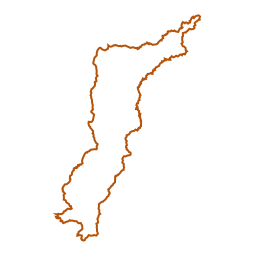 outline of El Carmen, Norte de Santander, Colombia
{"feature_id": "7082276B17655587109293", "entity_name": "El Carmen", "entity_type": "district", "adm_level": 2, "iso_a3": "COL", "parent_name": "Colombia", "parent_adm1": "Norte de Santander", "projection": "albers", "projection_center": [-73.319, 8.847], "detail": "fine", "context": "isolated", "style": "outline", "palette": "amber", "viewbox_px": 256, "rotation_deg": 0, "n_neighbors": 0, "source": "geoboundaries", "source_scale": "gbopen_adm2", "svg_char_len": 5697}
<svg xmlns="http://www.w3.org/2000/svg" viewBox="0 0 256 256"><path d="M77.3,235.7L79.2,235.2L81.7,235.4L81.9,236.3L81.2,238.7L81.7,239.0L81.9,239.7L82.3,239.6L83.2,240.6L84.8,240.1L85.5,238.2L86.9,237.6L88.8,235.1L90.4,235.7L93.2,235.5L94.1,235.0L96.2,235.6L97.6,234.1L97.9,233.4L97.0,231.1L97.0,228.4L96.6,227.4L97.0,225.9L96.4,223.6L98.0,222.6L98.1,221.5L97.4,218.7L98.2,217.5L98.9,214.8L100.2,213.9L99.2,212.6L99.4,210.2L98.5,208.6L99.0,206.3L98.8,204.2L101.7,201.9L102.9,201.7L103.4,201.0L104.7,200.2L106.3,198.4L107.1,196.9L108.5,195.9L108.9,194.2L109.6,193.8L109.8,193.1L108.5,190.9L108.7,190.0L108.3,189.4L109.3,188.7L111.4,186.2L111.5,185.7L112.6,185.3L113.3,183.8L115.0,182.3L115.2,176.4L116.0,176.3L116.1,175.6L117.0,175.5L117.9,174.7L118.1,175.0L120.4,172.6L120.9,171.6L122.5,170.2L123.7,169.8L123.5,169.2L124.1,167.4L123.7,166.1L123.8,163.9L122.8,163.2L122.3,162.3L123.0,160.4L122.3,158.8L123.5,156.8L123.9,156.3L125.6,156.4L127.7,155.4L129.4,155.3L130.6,154.6L130.7,153.2L130.4,152.5L129.0,152.0L127.6,150.0L126.7,149.5L126.7,148.0L126.1,147.5L126.0,146.9L126.2,145.9L126.9,145.2L126.2,142.2L126.8,141.2L125.5,139.2L125.5,138.1L126.7,136.7L126.6,135.3L129.1,134.3L130.4,132.0L132.6,131.1L134.1,130.9L135.6,129.6L137.3,130.5L137.7,129.8L138.3,129.6L138.0,129.0L138.7,127.9L139.9,128.0L140.4,126.5L141.0,126.2L141.1,121.1L140.6,120.9L140.9,120.1L140.3,118.7L140.4,118.0L139.8,117.6L140.0,115.9L139.0,115.9L138.9,115.3L139.4,114.6L140.0,114.8L140.4,113.8L138.9,112.8L139.1,111.0L137.9,110.0L137.8,108.9L136.0,109.0L136.3,107.9L137.2,108.0L137.6,107.1L136.4,105.1L136.9,103.4L138.0,103.3L138.4,100.6L139.6,100.0L139.2,98.3L139.9,97.2L139.8,96.0L140.5,95.2L139.0,92.1L137.7,87.9L137.8,87.3L139.0,87.1L139.4,86.1L139.2,85.3L140.0,85.0L140.1,84.3L141.1,83.7L141.1,83.3L140.4,82.9L140.5,82.3L141.8,81.0L142.8,78.6L143.3,79.1L143.3,79.8L143.9,79.7L144.3,78.8L145.6,78.9L145.4,78.5L145.8,77.7L146.4,77.5L146.1,76.0L147.1,75.2L147.6,73.9L148.6,74.0L151.6,72.8L151.8,73.8L152.5,73.9L153.0,70.5L153.7,70.7L155.0,70.1L154.4,69.0L155.3,68.5L156.1,67.2L156.8,67.2L157.3,66.6L159.1,65.9L159.5,64.6L160.5,63.1L162.1,62.4L162.0,61.3L163.3,61.5L163.9,61.0L164.2,60.3L165.5,60.3L165.0,58.7L167.2,59.6L168.7,59.3L168.9,59.8L170.4,59.8L170.0,57.9L170.7,57.5L171.7,56.2L173.1,57.2L173.8,57.3L176.2,55.8L177.9,56.5L180.2,54.5L181.0,54.5L182.0,55.3L182.6,54.1L183.8,53.9L184.6,54.4L185.1,54.3L185.7,52.5L187.0,51.3L185.8,50.4L185.5,47.9L184.1,46.6L182.8,46.2L181.5,43.7L182.2,43.2L182.8,42.2L182.4,41.6L182.5,41.0L182.1,40.0L182.4,38.0L182.1,37.4L182.4,36.5L183.0,36.1L182.8,33.1L184.7,32.5L185.8,32.6L186.3,31.6L187.3,31.2L189.2,28.9L190.2,28.9L191.0,29.4L193.1,29.0L194.2,28.4L194.5,27.8L193.9,26.4L195.4,25.1L194.6,23.4L194.8,22.8L198.4,20.0L199.6,19.6L199.2,19.1L200.0,16.7L199.3,15.7L198.0,15.4L195.4,16.3L193.9,18.2L193.4,18.0L193.0,16.8L191.7,17.7L190.5,20.7L189.7,21.0L190.2,22.2L190.0,22.6L189.2,22.6L188.1,23.6L187.5,23.4L187.4,23.0L186.5,22.5L185.0,22.6L184.7,23.2L182.9,22.1L182.0,23.5L181.5,25.3L181.6,26.6L182.5,27.5L181.4,28.5L180.4,28.2L179.4,29.3L178.3,31.9L175.9,31.5L174.4,30.5L173.7,31.1L172.4,31.0L171.4,30.5L170.2,31.5L168.2,31.2L167.9,31.5L168.2,32.0L167.6,32.4L167.5,33.6L166.8,33.9L166.5,34.5L165.7,34.4L165.4,35.0L164.7,35.0L163.6,35.9L162.6,35.8L162.6,36.9L163.1,38.2L161.2,39.8L161.5,40.4L160.2,40.5L158.0,42.7L157.7,43.5L156.4,44.3L152.5,44.8L151.0,43.8L150.1,43.6L149.7,44.0L149.2,43.2L148.9,43.2L148.9,43.7L148.5,44.0L147.2,42.7L147.0,43.4L145.2,43.7L144.5,44.6L143.2,44.6L141.8,45.3L140.7,47.1L140.0,46.8L139.0,48.4L137.9,49.0L137.6,47.9L136.8,48.4L136.3,47.9L135.1,48.1L134.1,47.5L132.3,47.3L130.5,47.9L125.4,45.6L122.5,45.9L121.5,46.5L120.3,45.8L119.0,46.2L118.2,46.0L115.7,45.0L114.9,45.5L113.9,45.2L112.4,46.2L111.0,46.7L109.3,46.3L108.3,45.4L108.4,46.8L107.7,49.0L106.4,49.4L105.7,50.2L105.0,50.4L102.2,49.4L100.8,48.0L100.1,47.7L99.1,48.2L97.7,50.0L96.8,52.4L96.7,55.5L94.5,57.7L93.2,63.1L93.8,64.1L95.2,65.0L96.1,66.6L96.7,71.1L96.5,74.3L97.6,75.8L96.4,77.0L95.9,78.2L96.5,81.0L95.9,81.6L95.0,81.7L94.7,82.2L95.1,82.7L94.9,85.7L92.1,88.9L91.5,89.1L90.7,91.9L91.4,92.7L90.6,95.4L91.3,96.2L91.1,97.9L91.9,99.5L92.1,102.6L92.8,105.3L92.5,107.8L93.0,109.5L91.5,110.9L91.2,111.9L94.1,114.6L92.9,120.2L92.3,121.2L91.4,122.0L88.7,121.8L88.5,123.8L89.2,126.0L90.1,126.7L90.2,127.6L93.1,131.1L93.0,132.8L92.6,133.4L93.4,133.9L93.6,135.2L93.4,136.6L94.3,137.8L94.4,139.7L96.3,143.2L97.6,144.0L97.6,144.6L96.6,146.3L96.9,148.4L96.5,149.3L94.3,149.2L90.5,149.8L89.5,151.1L88.2,151.4L87.2,152.5L86.8,152.2L85.9,152.6L84.9,153.7L82.7,158.3L82.0,161.2L82.6,163.3L81.0,164.6L80.7,164.3L80.0,164.5L79.1,165.6L78.7,164.9L78.1,165.0L78.1,165.8L77.3,166.5L77.5,166.9L77.2,167.5L76.9,167.4L77.0,167.7L76.3,168.1L75.7,167.7L75.0,168.2L74.8,167.9L74.3,168.1L74.3,168.5L73.7,169.0L73.8,170.4L73.1,170.8L72.0,172.5L72.0,174.0L71.6,174.9L70.1,175.8L69.8,178.8L70.5,179.2L70.1,180.8L68.9,182.5L66.7,184.2L64.9,184.4L63.2,186.8L62.4,188.8L62.8,189.1L62.7,190.6L63.2,191.2L63.0,191.6L65.0,193.5L63.6,195.0L64.0,197.8L63.7,199.6L65.7,200.4L66.4,202.4L69.0,204.1L69.8,206.1L70.9,206.1L71.2,206.9L71.0,207.3L71.7,208.5L70.6,209.2L68.5,208.7L67.5,208.8L66.8,209.7L65.6,210.4L65.6,210.8L63.8,211.5L63.6,212.7L61.8,214.1L60.9,213.9L59.4,214.3L58.5,213.9L58.4,214.2L56.4,214.2L57.1,214.6L58.2,216.5L56.7,217.1L56.0,216.9L56.4,217.9L56.9,218.2L58.5,218.4L59.2,218.0L60.1,218.1L60.7,219.4L60.6,221.1L62.3,220.9L62.6,222.6L63.5,223.1L64.0,222.6L65.0,222.6L65.8,221.9L68.1,221.4L69.8,220.2L70.5,220.7L72.3,220.5L74.5,221.2L76.0,221.1L77.0,221.6L77.8,222.7L78.7,223.3L80.1,222.9L80.9,223.2L82.2,225.9L82.4,229.0L78.5,232.1L78.4,233.5L77.5,234.1L77.3,235.7Z" fill="none" stroke="#b45309" stroke-width="2"/></svg>